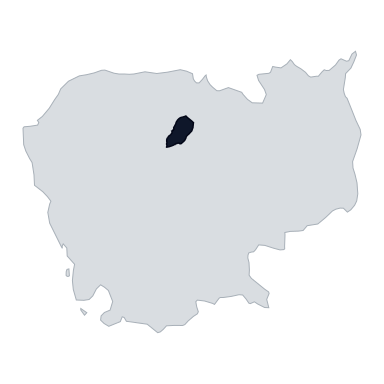 Sangkum Thmei, Preah Vihéar, Cambodia (highlighted)
{"feature_id": "14789045B6075848816012", "entity_name": "Sangkum Thmei", "entity_type": "district", "adm_level": 2, "iso_a3": "KHM", "parent_name": "Cambodia", "parent_adm1": "Preah Vihéar", "projection": "mercator", "projection_center": [104.719, 13.488], "detail": "fine", "context": "in_parent", "style": "filled", "palette": "ink", "viewbox_px": 384, "rotation_deg": 0, "n_neighbors": 0, "source": "geoboundaries", "source_scale": "gbopen_adm2", "svg_char_len": 6326}
<svg xmlns="http://www.w3.org/2000/svg" viewBox="0 0 384 384"><path d="M355.5,51.3L356.5,55.0L353.8,61.9L350.9,68.1L345.6,73.6L345.3,77.6L343.4,89.5L344.2,93.3L345.4,96.6L347.1,98.3L351.8,110.0L356.0,120.6L360.2,129.4L361.0,134.9L357.1,148.8L352.6,161.6L353.0,168.0L355.0,174.4L357.0,182.9L357.8,193.8L356.7,200.9L354.6,205.3L350.8,209.8L347.4,212.1L343.4,208.2L340.1,208.1L335.8,209.2L332.4,211.0L325.5,217.6L317.8,224.0L307.2,225.7L303.1,230.5L298.7,231.1L290.3,231.4L284.8,232.5L285.0,234.9L284.6,246.2L284.7,248.8L283.8,249.6L280.0,249.9L273.6,248.2L264.9,245.4L258.7,244.9L255.5,249.8L253.6,251.8L251.3,252.1L248.8,252.9L248.0,255.1L247.8,257.9L249.0,262.6L249.4,270.1L249.1,275.2L251.4,278.4L264.7,289.2L268.6,291.9L269.1,293.5L266.7,299.4L268.8,307.7L264.6,307.5L257.7,304.0L254.4,301.8L250.3,303.6L248.9,303.2L246.2,299.2L242.7,295.0L239.0,294.7L231.3,296.4L223.3,297.5L220.3,297.5L219.1,298.2L214.5,304.4L212.6,303.4L204.6,301.0L197.3,300.1L195.8,301.7L196.7,306.8L198.3,311.7L197.4,313.8L193.4,316.4L188.1,321.0L184.8,324.6L182.6,325.5L174.6,325.4L166.5,325.8L163.3,329.3L160.3,331.9L157.7,332.7L147.2,324.2L126.4,321.3L124.2,317.5L122.2,316.8L120.3,321.6L108.8,326.3L104.1,323.5L100.6,320.1L101.1,315.9L104.4,312.5L110.1,310.1L112.7,301.5L108.4,290.5L104.6,287.3L100.6,284.8L96.4,288.9L92.8,295.9L89.1,299.5L83.9,300.3L76.3,300.0L73.3,289.5L72.4,280.6L73.4,270.4L74.6,264.3L67.2,256.0L66.8,248.0L63.2,243.9L62.2,246.0L62.3,248.3L61.3,246.6L49.7,223.2L47.8,212.4L49.7,204.0L50.9,201.2L47.6,196.8L42.9,191.8L34.5,185.3L34.0,174.9L32.1,162.6L29.6,158.5L25.8,151.0L23.7,144.7L23.0,128.2L24.1,126.8L30.0,126.3L37.6,125.1L38.8,122.5L37.4,120.3L42.3,116.5L49.2,108.3L54.6,99.7L58.4,94.3L60.7,88.9L68.5,81.2L79.3,75.9L86.6,74.7L94.2,72.9L101.5,70.3L104.9,70.1L114.0,73.2L118.8,74.0L124.0,74.0L129.3,74.3L133.9,74.0L145.0,71.8L156.8,73.5L167.3,72.2L180.3,69.7L186.6,71.2L192.5,73.7L193.3,78.8L194.6,81.1L196.5,82.9L199.1,82.9L202.4,79.4L205.2,75.7L206.1,75.0L206.3,76.8L207.6,80.8L210.1,84.7L212.6,87.2L216.8,90.7L219.5,90.8L228.4,87.6L241.7,92.3L243.2,94.6L247.5,99.4L252.2,102.8L262.6,103.1L266.3,94.6L264.5,89.5L258.6,80.5L257.0,75.3L258.9,74.3L268.9,73.3L270.5,72.3L272.7,66.5L275.5,67.1L281.0,67.9L286.9,63.9L290.4,59.7L292.3,61.6L294.4,64.6L296.6,66.3L300.9,68.8L305.5,72.3L308.4,75.8L310.7,77.1L316.7,76.2L318.3,76.3L321.8,72.1L324.2,69.8L326.2,70.5L329.2,70.4L335.5,65.0L339.0,60.1L341.0,58.8L346.5,61.2L348.8,60.7L352.0,54.0L355.5,51.3ZM69.4,275.8L68.3,276.4L67.2,276.4L66.1,275.4L66.2,271.7L67.0,269.4L68.9,268.9L69.4,275.8ZM86.8,312.7L84.5,315.2L80.8,310.0L80.8,308.5L86.8,312.7Z" fill="#d9dde1" stroke="#a8b0b8" stroke-width="1"/><path d="M181.2,143.6L181.3,143.5L181.5,143.4L181.7,143.1L182.0,142.9L182.2,142.7L182.7,142.2L182.9,142.1L183.2,141.8L183.4,141.7L183.6,141.5L183.7,141.4L183.8,141.3L183.9,141.1L184.2,140.9L184.4,140.7L184.5,140.5L184.7,140.4L184.8,140.2L185.0,139.7L185.3,139.2L185.6,138.7L185.8,138.3L185.9,137.7L186.0,137.5L186.1,137.2L186.3,136.7L186.6,136.2L187.1,135.6L187.3,135.4L187.5,135.2L187.9,134.8L188.2,134.6L188.3,134.5L188.5,134.3L188.8,134.1L189.0,133.9L189.2,133.7L189.4,133.4L189.8,133.0L190.1,132.7L190.4,132.4L190.6,132.2L190.8,131.9L191.0,131.7L191.4,131.3L191.7,131.0L191.8,130.8L191.8,130.7L192.0,130.3L192.0,130.1L192.1,129.9L192.2,129.6L192.4,129.0L192.5,128.8L192.6,128.5L192.7,128.3L192.7,128.1L192.8,127.9L192.9,127.7L193.0,127.4L193.0,127.2L193.0,126.8L193.0,126.5L193.1,126.1L193.1,125.8L193.1,125.5L193.2,125.2L193.2,124.8L193.2,124.6L193.3,124.1L193.3,123.8L193.3,123.5L193.4,123.2L193.5,122.7L191.8,121.1L188.9,118.7L188.4,118.4L188.1,118.1L187.8,117.8L187.6,117.6L187.3,117.4L187.0,117.1L186.6,116.8L186.4,116.5L185.9,116.0L185.5,116.1L185.2,116.3L184.9,116.4L184.2,116.6L183.9,116.8L183.6,116.8L183.3,116.9L182.9,117.0L182.7,117.1L182.4,117.2L182.1,117.2L181.9,117.3L181.7,117.3L181.4,117.4L181.1,117.4L180.7,117.6L180.1,117.9L179.8,118.0L179.6,118.2L179.3,118.4L178.7,118.9L178.5,119.1L178.3,119.3L178.2,119.4L178.1,119.6L177.9,119.8L177.7,119.9L177.6,120.0L177.4,120.3L177.3,120.5L177.1,120.9L176.9,121.1L176.8,121.3L176.6,121.5L176.4,121.9L176.3,122.2L176.1,122.7L176.0,122.9L175.9,123.1L175.9,123.4L175.9,123.7L175.8,123.9L175.7,124.2L175.5,124.4L175.4,124.6L175.3,124.8L175.2,124.9L175.1,125.1L174.8,125.7L174.7,125.9L174.5,126.3L174.3,126.5L174.1,126.9L174.0,127.1L173.9,127.3L173.8,127.5L173.7,127.7L173.7,127.9L173.7,128.2L173.7,128.3L173.7,128.5L173.8,128.7L174.0,128.8L174.1,129.0L173.9,129.1L173.8,129.3L173.7,129.5L173.4,129.7L173.4,129.8L173.2,129.9L173.0,130.0L172.9,130.1L173.0,130.3L172.9,130.3L172.7,130.4L172.6,130.5L172.4,130.6L172.2,130.8L172.1,131.0L172.0,131.3L171.9,131.3L172.0,131.5L172.1,132.0L172.0,132.4L172.0,132.5L172.0,132.8L171.8,133.2L171.8,133.3L171.7,133.3L171.5,133.5L171.4,133.6L171.3,133.8L171.2,133.9L171.2,134.0L171.1,134.3L171.0,134.5L170.9,134.6L170.7,134.7L170.6,134.8L170.3,135.0L170.2,135.1L170.0,135.3L169.9,135.3L169.6,135.5L169.3,135.7L169.2,135.8L168.9,136.0L168.7,136.2L168.6,136.3L168.5,136.5L168.3,136.7L168.3,136.8L168.2,137.0L168.1,137.3L168.0,137.5L167.9,137.6L167.7,137.9L167.5,138.1L167.4,138.2L167.3,138.3L167.2,138.3L167.1,138.5L167.0,138.8L166.9,139.2L166.9,139.3L166.8,139.6L166.7,139.8L166.7,140.0L166.7,140.3L166.7,140.6L166.7,140.9L166.8,141.2L166.8,141.3L166.8,141.5L166.7,141.7L166.7,141.9L166.8,142.0L166.9,142.3L167.0,142.3L167.0,142.5L167.0,142.8L166.9,143.1L166.7,143.4L166.6,143.6L166.6,143.9L166.6,144.0L166.6,144.3L166.7,144.6L166.8,144.8L166.8,145.0L167.0,145.4L167.0,145.6L166.9,145.9L166.9,146.1L166.8,146.3L166.7,146.4L166.7,146.5L166.6,146.8L166.6,147.1L166.8,147.1L167.0,147.1L168.1,146.9L168.5,146.8L168.8,146.7L169.1,146.7L169.4,146.6L169.8,146.5L170.1,146.4L170.5,146.2L171.1,146.0L171.4,146.0L171.8,145.8L172.3,145.6L172.6,145.5L172.8,145.4L173.0,145.3L173.2,145.2L173.3,145.2L173.8,144.9L174.0,144.7L174.3,144.6L174.6,144.5L174.8,144.5L174.8,144.4L175.0,144.3L175.1,144.2L175.3,144.0L175.4,143.9L175.5,143.9L175.5,143.7L175.8,143.5L176.0,143.5L176.3,143.5L176.5,143.6L176.8,143.6L177.0,143.5L177.1,143.4L177.2,143.2L177.3,143.2L177.5,143.2L177.8,143.1L178.0,143.0L178.3,143.1L178.5,143.2L178.9,143.1L179.0,143.0L179.3,143.1L179.5,143.2L179.5,143.3L179.6,143.5L179.8,143.6L180.0,143.8L180.5,143.7L180.8,143.7L181.2,143.6Z" fill="#0f172a" stroke="#020617" stroke-width="1.5"/></svg>